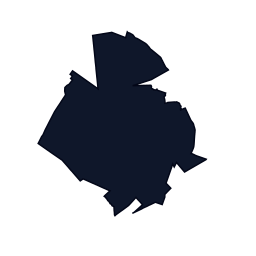 Aquiles Serdán, Chihuahua, Mexico, rotated 215°
{"feature_id": "50627088B18240025112531", "entity_name": "Aquiles Serdán", "entity_type": "district", "adm_level": 2, "iso_a3": "MEX", "parent_name": "Mexico", "parent_adm1": "Chihuahua", "projection": "robinson", "projection_center": [-105.843, 28.58], "detail": "fine", "context": "isolated", "style": "filled", "palette": "ink", "viewbox_px": 256, "rotation_deg": 215, "n_neighbors": 0, "source": "geoboundaries", "source_scale": "gbopen_adm2", "svg_char_len": 4313}
<svg xmlns="http://www.w3.org/2000/svg" viewBox="0 0 256 256"><g transform="rotate(215 128 128)"><path d="M88.4,48.7L88.1,50.2L86.8,54.0L85.2,58.5L84.1,61.8L83.1,64.8L82.7,67.5L82.1,72.2L81.7,75.7L80.3,75.4L79.1,75.1L77.9,74.8L76.6,74.6L75.4,74.3L74.1,74.0L72.9,73.7L72.1,73.5L74.6,62.5L75.5,60.6L70.5,69.4L69.7,71.2L69.2,72.0L68.8,72.8L68.7,72.9L67.7,74.5L66.8,76.2L66.7,76.5L66.4,77.0L66.1,77.4L63.0,82.9L56.1,84.9L58.2,92.5L59.8,94.8L59.7,95.1L59.5,96.2L59.5,96.3L59.3,97.8L58.4,103.2L65.2,104.6L70.7,124.2L67.8,122.6L68.5,127.6L56.4,124.4L54.5,128.6L46.0,146.8L46.0,147.3L53.8,145.1L56.0,144.5L56.3,144.4L56.5,144.4L56.8,144.3L59.0,144.0L59.0,143.9L59.8,143.8L61.7,143.5L61.8,143.4L62.5,146.9L62.7,147.8L62.9,148.7L63.2,149.7L63.3,150.1L63.7,150.9L64.4,152.2L66.7,156.0L67.2,156.8L68.7,159.3L69.3,160.3L69.6,160.9L69.9,161.3L70.1,161.6L70.2,161.9L70.7,162.8L71.1,163.4L71.2,163.6L71.4,163.9L71.5,164.2L71.7,164.4L72.2,165.1L72.8,165.6L73.6,166.3L74.3,166.8L75.4,167.7L76.3,168.5L76.7,168.8L77.1,169.0L77.6,169.3L79.1,169.8L80.2,170.1L80.4,170.2L81.0,170.4L81.8,170.9L82.4,171.2L82.9,171.5L85.5,173.0L88.4,174.7L90.7,176.0L92.5,177.1L93.2,176.3L95.2,172.9L95.5,173.1L95.9,174.0L95.8,174.4L96.3,174.5L96.5,174.6L96.6,175.1L96.7,175.5L96.8,175.8L97.0,176.1L97.2,176.3L97.4,176.3L97.5,176.2L97.7,176.3L98.2,176.5L98.6,176.7L99.0,176.9L99.3,177.2L99.7,177.5L100.2,177.7L100.8,177.7L101.1,177.6L102.7,177.4L103.4,177.1L103.8,176.7L104.0,176.3L104.2,176.0L104.8,176.0L110.1,171.7L110.7,170.5L111.6,169.8L111.9,169.5L113.1,171.0L114.1,172.2L115.8,173.7L116.3,174.1L116.4,174.5L116.1,175.3L116.0,175.9L116.2,176.5L116.9,176.9L117.0,177.4L117.2,178.2L125.6,175.8L126.6,176.4L127.4,174.5L127.6,174.4L127.8,174.4L128.0,174.4L128.5,174.4L128.8,174.3L129.0,174.0L129.5,174.2L129.8,174.2L130.2,174.2L130.6,174.1L131.0,173.9L131.3,173.9L131.6,174.0L131.8,174.1L131.9,174.3L132.1,174.6L132.3,175.1L132.5,175.3L132.6,175.5L133.1,175.8L133.4,176.0L133.6,176.1L133.8,176.1L148.5,165.3L136.6,181.1L135.4,183.7L128.2,198.7L128.7,198.9L129.4,199.0L130.0,199.1L130.5,199.1L130.9,199.2L131.2,199.2L131.9,199.4L132.6,199.6L133.1,200.0L133.7,200.2L134.2,200.5L134.7,200.8L135.2,201.0L135.7,201.3L136.2,201.6L136.8,201.9L137.4,202.2L138.0,202.6L138.6,202.9L139.0,203.1L139.3,203.2L139.7,203.4L140.2,203.7L140.7,204.0L141.2,204.3L141.5,204.4L141.9,204.5L142.2,204.6L142.5,204.6L143.6,204.7L147.2,205.0L153.6,205.5L154.1,205.5L154.5,205.5L154.8,205.5L155.1,205.6L155.8,205.8L156.6,206.1L156.9,206.3L157.2,206.3L157.6,206.4L157.9,206.5L158.4,206.6L158.9,206.7L159.4,206.9L159.8,206.9L160.3,207.1L160.9,207.2L161.4,207.2L162.0,207.3L170.5,206.7L171.2,206.6L171.7,206.5L172.2,206.5L172.7,206.3L173.3,206.1L173.8,206.0L174.1,206.0L174.4,206.1L174.7,206.2L175.4,206.4L175.7,206.5L176.2,206.7L176.6,206.8L176.8,206.9L177.2,207.0L177.6,207.0L177.8,207.0L178.4,207.0L179.2,206.9L179.9,206.8L180.4,206.8L181.0,206.7L181.3,206.6L181.7,206.5L181.9,206.4L182.2,206.3L182.6,206.2L182.9,206.2L183.3,206.2L183.7,206.3L182.0,201.4L181.7,200.6L196.2,197.0L196.4,196.7L198.9,194.3L210.0,183.5L208.8,182.2L207.7,180.9L206.6,179.6L205.0,177.8L204.7,177.4L203.5,176.1L200.4,172.4L200.0,172.0L196.2,167.6L192.4,163.1L191.4,162.0L189.1,159.4L188.1,158.1L185.5,155.1L177.7,146.1L176.1,144.2L175.7,143.8L174.9,142.9L179.7,142.9L200.5,143.0L206.2,143.0L206.2,140.7L206.2,138.8L203.4,138.8L203.3,136.5L203.3,135.6L201.0,135.6L201.2,132.6L201.3,130.2L201.5,129.7L202.4,127.8L202.9,125.0L201.7,123.0L201.0,121.9L198.1,119.3L198.1,118.7L198.0,115.9L198.0,114.8L197.9,112.9L197.9,111.2L197.8,110.6L197.7,105.3L197.5,99.3L196.6,92.6L196.0,88.1L195.8,86.6L195.4,83.9L195.1,81.6L194.8,79.3L193.7,73.7L193.8,71.4L193.1,66.8L192.7,63.8L186.0,63.8L181.4,63.8L176.3,63.8L163.3,63.9L163.0,63.8L162.7,63.7L156.9,62.3L150.7,60.7L147.8,60.1L147.7,60.0L136.8,57.3L135.6,60.6L106.7,66.2L108.2,59.2L108.3,58.4L108.0,58.4L107.8,58.4L107.6,58.4L107.3,58.6L106.9,58.3L106.7,58.3L106.1,58.2L105.6,57.9L105.1,57.8L104.6,57.7L104.3,57.6L104.0,57.6L103.6,57.3L103.3,57.3L103.2,57.1L102.6,56.9L102.2,57.1L101.9,57.0L101.1,56.7L100.4,56.4L99.8,56.1L99.2,55.8L98.7,55.9L97.8,55.9L97.3,55.7L96.8,55.4L96.5,55.2L96.0,55.3L95.0,55.4L94.4,55.5L93.9,54.9L93.1,53.9L92.4,53.0L91.8,52.2L91.3,51.7L90.7,51.0L89.3,49.2L88.9,48.9L88.4,48.7Z" fill="#0f172a" stroke="#020617" stroke-width="1.5"/></g></svg>